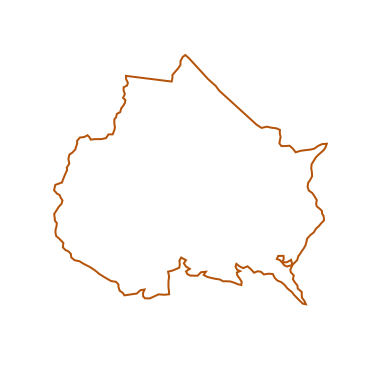 Jacinto Machado, Santa Catarina, Brazil (Equal Earth projection), rotated 257°
{"feature_id": "56859067B27526397401778", "entity_name": "Jacinto Machado", "entity_type": "district", "adm_level": 2, "iso_a3": "BRA", "parent_name": "Brazil", "parent_adm1": "Santa Catarina", "projection": "equal_earth", "projection_center": [-49.876, -29.0], "detail": "fine", "context": "isolated", "style": "outline", "palette": "amber", "viewbox_px": 384, "rotation_deg": 257, "n_neighbors": 0, "source": "geoboundaries", "source_scale": "gbopen_adm2", "svg_char_len": 3140}
<svg xmlns="http://www.w3.org/2000/svg" viewBox="0 0 384 384"><g transform="rotate(257 192 192)"><path d="M320.0,153.8L316.8,153.2L312.8,154.1L310.3,152.6L309.4,148.9L306.5,148.2L302.5,148.6L299.2,146.0L296.5,147.8L293.9,146.7L291.8,144.7L289.5,141.9L286.0,140.0L285.0,136.3L282.1,135.0L280.2,132.7L276.3,131.7L272.5,131.5L270.0,130.4L266.0,127.7L266.9,123.5L263.9,120.4L263.9,115.5L265.4,109.2L265.8,105.1L268.5,104.4L270.8,102.9L269.8,99.3L270.3,95.1L267.8,91.6L265.0,91.0L262.6,89.5L259.7,87.9L257.2,84.1L256.1,81.0L252.1,79.0L247.2,78.8L244.1,75.6L241.4,75.2L237.4,72.1L233.7,69.5L230.5,67.4L229.7,60.4L224.8,58.0L220.9,60.0L218.7,62.4L216.0,62.8L212.9,63.9L209.9,62.3L207.4,58.7L204.8,56.1L201.6,52.8L197.9,52.4L194.7,52.0L192.3,53.3L189.3,52.4L186.0,50.6L183.1,49.8L179.5,49.8L176.3,52.2L171.3,55.2L167.1,53.7L163.9,55.7L162.0,58.2L159.0,60.0L155.3,59.7L151.9,62.3L149.9,66.7L146.9,69.7L144.4,72.6L142.3,75.2L139.5,78.0L137.0,80.2L133.0,83.2L129.1,87.1L125.9,90.5L123.4,93.2L121.6,97.7L118.5,99.5L115.9,99.0L112.1,99.3L109.4,101.8L106.5,102.9L105.5,115.4L107.9,119.6L107.7,123.8L104.9,121.7L101.4,120.9L99.0,122.2L97.8,126.9L98.6,130.9L99.8,136.4L98.1,141.9L97.5,146.7L100.9,147.3L104.3,147.6L110.0,148.9L114.7,150.6L119.8,150.8L119.8,155.0L120.4,158.6L121.1,162.5L124.1,163.8L127.9,164.3L130.6,166.7L126.9,170.8L124.4,168.0L120.9,169.3L117.6,172.5L116.0,168.3L113.1,169.0L110.9,171.6L109.2,178.7L111.8,182.7L111.2,187.6L108.6,184.7L105.9,187.7L104.4,190.5L102.3,194.9L100.4,199.6L98.0,202.2L97.2,205.7L96.2,209.3L93.8,213.2L91.8,215.9L90.3,219.1L93.2,220.2L96.6,219.1L100.6,217.4L103.5,217.6L104.1,221.0L106.1,218.5L109.5,217.6L112.0,219.1L109.0,221.5L106.3,224.7L107.1,229.4L103.4,232.1L99.4,234.3L100.0,238.0L98.8,241.2L95.5,243.5L95.2,248.1L93.9,252.3L89.9,253.2L86.5,255.3L84.0,258.8L80.5,261.4L77.0,263.0L74.7,264.7L72.0,266.9L68.6,268.4L64.4,270.9L61.0,273.1L58.3,274.8L57.0,277.7L60.6,277.0L64.5,275.3L70.0,276.4L74.1,273.3L77.2,273.7L80.5,272.0L84.3,270.7L87.8,272.4L91.4,270.3L94.1,270.3L98.4,273.5L102.0,279.2L105.4,281.0L107.4,283.4L109.7,285.7L112.2,288.5L114.7,290.7L118.1,292.5L120.7,293.8L123.4,297.6L125.3,301.6L128.4,304.6L130.2,307.9L132.5,310.9L134.7,314.3L138.9,314.8L141.6,313.9L144.4,314.3L146.8,312.8L150.0,310.3L152.7,310.3L156.0,311.8L161.4,310.0L163.9,309.0L167.2,306.1L171.2,305.8L175.0,307.4L177.3,310.0L180.4,312.6L184.5,313.3L188.2,313.5L192.1,314.8L194.6,317.2L197.8,320.4L199.7,323.3L201.4,326.5L203.5,330.2L205.7,332.3L208.7,334.2L209.4,329.7L208.6,325.4L206.7,320.9L206.7,316.7L207.2,312.6L207.7,307.4L207.4,301.9L211.4,300.1L215.1,297.6L215.7,293.8L216.6,289.4L219.8,288.1L222.9,289.4L225.6,290.7L229.2,290.7L232.8,291.6L235.2,288.3L236.8,283.8L238.8,279.7L238.8,274.2L243.0,270.1L257.2,260.3L284.8,241.2L289.8,239.1L298.2,233.2L323.1,219.1L327.0,216.3L325.7,213.4L322.3,210.3L318.3,209.3L315.3,205.9L312.3,201.8L310.3,199.2L307.5,198.6L304.2,197.0L317.7,160.1L320.0,153.8ZM98.4,273.5L98.0,267.9L99.8,265.4L103.3,263.8L102.2,268.6L103.6,273.2L98.4,273.5ZM103.3,263.8L106.0,262.2L107.6,259.6L110.3,261.6L109.2,266.8L105.8,266.2L103.3,263.8Z" fill="none" stroke="#b45309" stroke-width="2"/></g></svg>